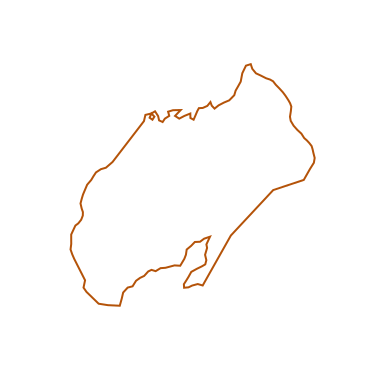 outline of Porto de Pedras, Alagoas, Brazil, rotated 295°
{"feature_id": "56859067B20815051072024", "entity_name": "Porto de Pedras", "entity_type": "district", "adm_level": 2, "iso_a3": "BRA", "parent_name": "Brazil", "parent_adm1": "Alagoas", "projection": "orthographic", "projection_center": [-35.401, -9.149], "detail": "fine", "context": "isolated", "style": "outline", "palette": "amber", "viewbox_px": 384, "rotation_deg": 295, "n_neighbors": 0, "source": "geoboundaries", "source_scale": "gbopen_adm2", "svg_char_len": 1831}
<svg xmlns="http://www.w3.org/2000/svg" viewBox="0 0 384 384"><g transform="rotate(295 192 192)"><path d="M307.0,189.1L302.3,188.7L297.6,189.4L290.8,187.0L286.6,183.2L281.8,179.5L277.1,177.2L278.6,173.4L281.3,170.7L276.5,169.5L272.7,166.2L270.9,162.8L267.5,162.6L262.4,162.8L258.2,162.9L258.4,159.3L262.4,157.3L257.8,153.0L253.1,149.4L253.8,144.5L261.5,147.1L258.1,140.2L254.7,136.4L251.4,139.2L247.0,136.4L243.0,135.8L243.0,131.9L246.5,129.2L249.5,124.4L246.0,122.0L242.2,117.2L235.9,118.5L185.6,107.3L177.6,103.7L174.2,99.8L169.2,96.7L164.5,96.0L160.4,95.6L154.3,93.9L148.7,94.1L143.6,94.3L139.4,94.9L134.5,95.8L130.4,99.0L127.7,101.6L124.5,103.0L120.0,103.3L115.5,102.2L112.3,100.5L107.6,100.5L102.4,100.5L97.9,102.6L93.9,104.5L88.6,106.2L84.9,109.8L81.7,113.4L66.8,132.4L59.5,134.1L56.9,138.5L51.3,154.6L53.9,163.6L58.4,174.6L65.6,173.4L71.8,172.1L78.2,174.1L81.4,178.0L87.9,178.8L92.2,181.2L95.7,184.1L101.5,185.9L104.3,188.2L104.9,192.5L109.7,195.7L112.1,200.0L118.1,207.2L120.2,212.5L128.2,213.3L132.6,213.0L137.6,211.5L142.9,214.0L147.9,215.7L150.3,220.3L154.8,222.7L159.1,227.2L150.6,227.2L147.7,229.3L140.6,230.4L136.3,233.8L132.0,234.6L128.7,232.3L124.5,228.9L119.3,225.1L113.6,224.7L109.3,224.2L105.0,223.6L101.9,225.3L104.1,229.1L107.3,231.7L111.0,236.1L111.8,241.2L169.0,245.6L228.1,264.8L250.2,288.2L262.7,289.2L270.0,290.1L274.7,288.8L278.6,285.6L281.6,283.3L284.2,281.0L286.0,277.5L287.3,274.3L288.3,270.9L291.1,266.5L292.8,261.2L295.0,256.1L298.2,251.4L301.6,249.0L307.1,247.4L311.4,245.9L313.9,243.4L315.9,240.6L318.7,236.1L320.8,232.2L322.8,227.4L324.6,222.6L326.6,218.7L326.9,215.2L326.4,211.2L326.6,205.0L326.6,199.8L329.1,194.6L332.7,191.2L329.3,187.5L320.9,187.4L312.6,189.5L307.0,189.1ZM246.0,122.0L244.4,126.1L240.8,125.6L241.4,122.2L246.0,122.0Z" fill="none" stroke="#b45309" stroke-width="2"/></g></svg>